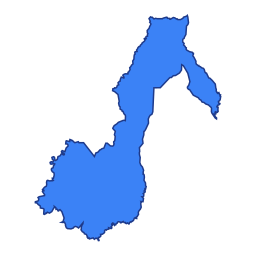 Ipameri, Goiás, Brazil
{"feature_id": "56859067B29247640267498", "entity_name": "Ipameri", "entity_type": "district", "adm_level": 2, "iso_a3": "BRA", "parent_name": "Brazil", "parent_adm1": "Goiás", "projection": "natural_earth1", "projection_center": [-48.016, -17.457], "detail": "fine", "context": "isolated", "style": "filled", "palette": "blue", "viewbox_px": 256, "rotation_deg": 0, "n_neighbors": 0, "source": "geoboundaries", "source_scale": "gbopen_adm2", "svg_char_len": 5813}
<svg xmlns="http://www.w3.org/2000/svg" viewBox="0 0 256 256"><path d="M218.4,101.4L219.6,100.7L220.2,99.5L220.7,96.4L220.0,96.0L220.5,94.9L219.7,94.7L218.9,92.7L218.4,93.2L217.9,92.7L217.6,93.2L216.9,92.5L216.2,91.0L216.3,89.4L215.8,88.0L215.3,84.1L212.3,80.5L209.9,78.2L208.7,77.9L206.5,73.1L205.9,73.1L204.9,72.0L204.3,69.6L203.5,68.4L201.7,67.8L200.4,66.7L199.0,66.2L198.8,65.5L198.2,65.6L196.3,64.1L195.8,62.2L196.0,61.3L193.8,57.0L193.0,56.1L192.9,55.4L193.5,54.0L193.4,53.3L192.9,53.4L192.3,52.3L189.6,51.7L186.6,50.0L186.1,49.2L186.3,47.8L185.5,47.4L185.1,46.4L183.6,45.0L184.1,43.4L182.8,42.2L182.7,39.8L183.0,39.1L184.1,38.4L184.4,37.2L185.9,34.5L186.5,26.0L187.9,24.5L188.5,22.7L187.8,16.9L187.3,15.4L186.7,16.1L183.5,17.2L182.9,18.3L180.5,19.6L178.1,19.6L177.3,19.4L177.1,18.8L176.2,18.9L174.9,17.9L173.3,17.5L170.3,19.3L169.8,19.2L169.7,18.4L167.4,18.3L167.2,17.4L166.4,17.2L163.0,18.2L162.5,18.7L157.2,18.7L155.6,18.3L154.0,18.9L152.0,17.1L151.2,17.4L150.5,16.9L149.0,18.6L150.3,21.3L149.7,22.2L150.8,23.6L150.8,24.5L149.7,26.4L149.1,28.3L147.2,30.5L147.3,32.8L147.9,33.5L147.4,34.9L147.5,36.2L146.3,36.4L145.9,36.9L145.8,37.9L146.2,38.6L145.6,39.0L144.6,38.4L144.2,38.8L144.9,39.8L144.9,40.5L144.3,41.3L142.0,43.1L141.9,43.8L140.3,45.3L139.9,46.5L138.9,46.6L137.9,47.7L137.6,48.7L136.6,50.0L137.1,51.5L135.2,51.7L134.8,52.6L135.2,54.0L134.5,54.4L134.1,55.9L133.9,59.2L132.7,61.0L133.0,63.9L131.5,65.2L130.8,66.6L129.7,67.7L130.1,69.5L128.8,71.8L128.0,72.3L127.9,73.9L125.2,73.8L123.2,74.7L122.9,75.5L124.0,77.2L123.8,78.0L121.3,77.1L120.4,79.1L120.1,81.2L119.4,81.3L118.0,82.8L118.7,84.8L117.3,85.4L116.8,87.1L115.7,88.0L114.6,87.8L114.2,88.5L112.9,88.7L112.6,90.7L114.6,91.6L118.0,94.5L119.2,101.4L118.6,103.1L119.2,105.9L120.1,106.9L120.1,109.1L121.9,110.2L122.2,111.3L123.0,111.4L124.0,113.8L125.3,115.2L125.5,116.3L125.3,120.6L124.4,120.3L123.2,120.4L118.4,122.3L116.8,123.9L114.2,125.6L113.0,127.7L112.8,128.5L115.3,131.3L114.4,134.8L115.2,136.3L114.9,139.6L114.7,140.8L113.7,141.7L113.7,143.0L114.1,143.7L113.5,145.5L112.7,146.1L110.4,145.9L107.3,143.2L105.8,143.2L103.9,148.1L101.9,148.7L100.8,149.6L100.0,149.8L97.8,152.3L95.9,152.9L94.4,156.5L83.6,142.7L78.9,142.7L78.3,141.7L74.9,142.7L73.4,141.6L72.5,140.5L71.6,140.5L71.0,139.8L69.9,139.5L69.7,141.5L66.3,140.8L66.0,141.2L65.7,143.9L67.5,144.1L68.0,145.0L68.0,146.1L66.2,147.9L64.9,151.6L62.2,150.6L61.4,151.5L61.6,152.3L63.9,153.3L64.4,154.1L64.2,154.7L63.3,154.9L61.9,153.8L61.3,153.9L60.1,155.8L58.0,156.6L57.3,159.4L55.6,160.5L55.0,160.2L54.5,157.3L54.0,156.9L53.4,156.7L51.9,157.4L52.4,159.4L53.4,160.1L53.6,160.8L52.7,162.1L51.2,161.7L50.1,162.4L50.4,163.8L50.9,164.1L52.1,164.1L53.3,163.5L54.7,163.9L54.4,164.8L53.6,165.3L53.1,167.8L51.8,168.3L51.3,169.1L51.5,170.3L52.3,171.7L53.8,172.7L54.1,173.5L54.2,175.1L53.4,178.3L52.3,178.2L52.4,179.4L53.3,180.4L52.7,180.7L49.4,180.9L47.7,180.3L47.0,180.6L46.5,182.3L46.7,184.5L46.3,186.2L44.5,187.2L42.6,189.5L43.7,190.1L43.9,190.7L42.6,190.9L42.4,191.5L44.6,194.7L44.5,195.6L39.2,196.7L38.0,197.5L38.8,198.9L38.4,200.5L37.9,201.0L35.4,201.7L35.3,202.7L37.3,203.2L38.0,204.4L40.3,206.0L40.4,208.0L43.5,208.6L44.0,209.3L43.7,214.0L44.3,214.4L45.9,213.6L46.1,212.9L46.7,213.1L47.3,212.2L49.5,213.1L51.8,211.6L53.8,208.0L54.6,207.5L54.4,206.5L55.8,207.6L56.0,209.4L57.1,209.2L58.2,211.0L58.9,210.7L59.2,209.9L60.0,209.6L61.8,211.6L64.1,218.0L63.0,221.6L61.5,222.3L63.1,222.5L64.4,222.1L65.5,224.4L65.5,225.6L66.3,227.7L67.5,228.6L71.0,228.9L73.2,228.1L74.2,226.9L75.3,226.4L77.0,226.9L78.6,228.0L83.0,222.7L82.9,223.8L82.1,224.9L81.5,226.6L81.2,228.0L81.4,228.9L81.0,229.8L82.4,231.8L83.9,232.5L84.4,233.8L86.3,234.4L87.3,236.3L87.1,236.9L87.7,237.1L87.8,238.1L88.3,238.4L89.1,238.0L89.5,238.9L93.2,237.9L94.3,239.3L96.0,238.1L97.7,239.0L98.4,240.6L99.0,240.5L98.2,237.7L98.8,237.3L99.6,237.3L100.9,235.9L100.5,234.4L102.4,234.2L104.2,232.9L104.7,232.0L104.5,230.9L105.3,229.8L105.9,229.7L106.4,230.1L107.1,229.4L108.8,229.1L108.6,227.7L111.1,228.6L111.7,228.2L111.8,227.5L111.1,226.8L112.2,225.6L111.6,224.2L112.6,223.0L113.2,223.2L112.9,224.6L113.8,223.8L114.4,225.3L115.1,224.4L115.7,224.8L116.3,223.6L117.1,223.3L117.4,222.4L118.3,221.7L120.2,222.0L120.5,222.8L121.1,222.8L122.2,221.8L122.7,222.1L123.3,221.5L124.3,222.7L125.4,222.5L125.8,223.4L126.6,223.6L127.4,222.9L128.9,224.0L129.3,223.7L129.5,222.6L130.4,221.9L131.0,222.2L131.3,221.5L132.3,221.4L132.8,220.7L133.4,220.6L134.4,218.1L135.6,217.6L135.8,218.4L136.7,218.5L136.5,217.0L137.4,216.4L137.6,215.6L138.5,214.6L138.3,212.3L139.0,210.8L140.4,209.1L141.2,207.2L140.8,204.1L140.8,202.9L141.4,202.2L141.0,201.5L143.0,201.7L143.5,198.4L142.0,196.8L143.1,196.7L143.7,196.1L143.8,194.2L143.2,193.5L144.9,192.3L145.2,191.7L145.0,190.8L144.3,190.8L144.8,190.2L144.9,188.9L145.5,189.3L146.2,186.5L145.6,185.8L145.5,183.0L144.0,180.3L144.4,177.1L144.1,174.8L143.0,174.0L143.4,173.3L143.1,172.3L143.6,170.3L142.4,167.0L140.8,165.1L139.8,162.5L140.2,157.4L139.5,155.0L139.3,152.9L139.7,151.4L139.4,147.7L143.0,143.3L142.5,139.1L143.8,134.9L143.9,131.4L144.5,131.2L145.6,129.5L148.5,123.2L148.3,119.0L149.0,117.2L150.1,115.3L151.9,114.3L152.8,111.8L153.9,87.8L160.3,87.7L169.8,77.6L171.4,77.5L173.3,75.7L175.5,75.5L179.5,73.0L181.5,70.0L181.7,64.7L183.4,65.7L187.8,73.2L189.9,81.6L188.8,85.1L187.4,87.1L187.5,88.1L188.5,89.4L189.6,89.6L193.3,95.2L198.4,97.8L199.5,99.4L200.9,100.1L202.0,102.0L204.0,102.5L205.8,104.0L208.4,104.9L211.2,107.5L211.5,108.4L211.4,111.8L212.0,113.3L215.2,118.0L216.5,118.9L216.6,118.0L215.0,116.4L214.9,115.4L214.3,114.9L214.0,114.0L215.7,114.0L215.7,113.4L215.0,112.2L215.6,111.8L216.1,112.9L217.5,112.2L217.4,111.5L218.1,111.3L217.9,109.5L218.1,107.3L217.2,107.3L216.9,106.6L217.8,105.1L218.7,105.0L219.8,104.1L219.9,103.5L218.7,103.1L218.4,101.4Z" fill="#3b82f6" stroke="#1e3a8a" stroke-width="1.5"/></svg>